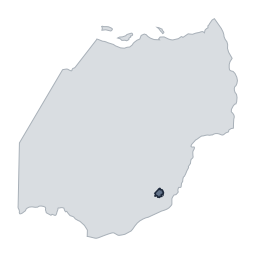 location of Sumbawanga Urban, Rukwa, United Republic of Tanzania, rotated 271°
{"feature_id": "72390352B60773938386935", "entity_name": "Sumbawanga Urban", "entity_type": "district", "adm_level": 2, "iso_a3": "TZA", "parent_name": "United Republic of Tanzania", "parent_adm1": "Rukwa", "projection": "orthographic", "projection_center": [31.593, -7.975], "detail": "fine", "context": "in_parent", "style": "filled", "palette": "slate", "viewbox_px": 256, "rotation_deg": 271, "n_neighbors": 0, "source": "geoboundaries", "source_scale": "gbopen_adm2", "svg_char_len": 5276}
<svg xmlns="http://www.w3.org/2000/svg" viewBox="0 0 256 256"><g transform="rotate(271 128 128)"><path d="M89.5,189.3L86.2,187.6L83.3,186.5L80.8,185.3L79.8,184.2L77.5,183.7L75.5,183.6L73.7,182.5L70.0,182.1L69.5,181.4L69.5,179.8L68.8,179.4L67.5,179.0L66.0,179.0L65.1,179.3L64.6,179.2L63.4,178.2L62.2,177.1L61.8,175.2L60.1,174.0L58.1,173.1L52.6,173.2L51.8,172.9L50.5,171.9L48.9,170.4L47.7,168.6L46.6,166.2L45.5,162.9L39.2,149.9L38.5,147.4L37.3,144.7L35.3,141.4L33.1,138.9L30.2,136.6L26.9,134.4L25.1,132.9L21.7,126.8L21.0,123.9L20.5,120.9L20.7,119.7L22.8,115.9L23.0,114.8L22.7,113.4L21.7,110.3L20.3,106.6L17.6,99.9L17.2,98.2L17.3,96.9L18.8,90.1L18.8,89.1L25.2,89.2L29.8,86.2L33.8,81.7L34.6,79.8L36.2,76.9L37.9,75.5L38.5,74.5L39.4,71.6L41.5,69.7L43.6,68.2L43.1,67.1L43.4,66.8L44.6,66.0L46.8,65.3L47.2,63.8L47.2,62.1L46.8,61.2L46.9,60.1L46.6,59.4L45.1,59.3L43.0,58.5L41.2,58.1L40.0,57.6L39.5,57.2L39.4,56.2L40.4,53.6L39.4,52.5L41.6,48.2L42.0,47.7L42.8,47.6L44.0,47.1L45.2,46.9L46.2,47.1L46.9,46.9L47.5,46.4L48.1,45.0L48.5,42.5L48.3,40.5L47.3,39.0L47.1,36.6L47.5,33.4L47.2,30.8L46.2,28.7L45.1,27.5L43.5,26.9L41.0,23.7L40.3,22.2L40.4,21.2L41.3,20.8L42.9,20.9L44.4,20.5L45.8,19.7L47.1,19.4L47.8,19.5L111.2,19.7L185.0,61.5L185.3,62.0L185.9,65.6L185.7,66.8L184.6,68.8L184.2,69.9L184.2,70.6L184.5,70.9L185.5,71.1L186.3,71.6L186.6,71.9L187.2,73.5L188.0,74.3L215.7,95.0L216.4,95.3L215.9,97.0L214.3,101.1L214.2,102.8L213.6,104.8L213.0,106.1L211.3,111.9L209.9,114.1L208.0,119.1L207.7,123.0L208.7,125.7L209.0,128.3L211.1,130.8L212.8,131.8L213.9,132.9L216.0,135.6L217.1,138.2L220.8,139.6L222.2,142.6L221.6,144.6L219.9,146.2L218.2,148.9L216.9,152.5L216.7,157.9L217.6,157.1L219.5,158.5L219.7,162.5L217.6,167.1L217.0,169.3L216.8,171.2L218.2,176.8L220.3,179.7L220.1,180.6L219.5,181.3L223.2,186.5L222.8,190.8L224.1,194.3L224.7,197.3L225.5,199.5L225.7,201.1L224.5,202.8L227.2,203.3L228.8,204.8L229.5,206.2L231.5,206.1L232.5,207.1L234.0,207.9L237.4,210.2L238.2,211.4L238.8,212.5L229.2,219.5L225.8,221.3L223.4,222.1L220.8,222.5L218.3,223.6L215.9,225.4L213.0,226.2L209.3,226.1L205.5,227.3L199.5,230.9L196.0,228.8L193.3,228.1L190.2,228.1L188.3,228.4L187.6,228.8L186.9,230.0L186.4,232.1L184.3,234.1L180.6,235.9L177.3,236.6L174.3,236.1L172.2,235.2L171.2,234.1L169.6,233.6L167.5,233.7L165.5,234.4L163.5,235.9L160.4,236.5L156.2,236.2L154.0,235.5L153.7,234.3L151.9,232.8L148.5,231.1L146.0,231.0L144.4,232.6L142.9,233.6L141.6,234.0L140.4,234.0L138.7,233.6L134.1,233.4L129.7,233.4L129.2,231.1L128.3,229.7L127.6,228.8L126.0,228.6L125.6,227.9L125.1,226.5L124.4,225.3L123.4,224.2L122.8,223.3L122.6,222.4L122.8,221.5L123.7,219.1L124.0,217.5L124.0,215.8L123.5,214.1L122.4,212.1L122.6,211.5L122.2,210.1L122.2,209.1L122.4,207.9L122.2,206.3L121.3,202.9L121.4,202.0L120.4,200.4L117.5,196.5L117.4,196.0L112.8,192.0L110.9,191.2L110.2,191.9L110.0,192.6L110.2,193.8L110.1,194.5L109.9,194.7L108.8,194.7L108.1,194.5L106.3,193.5L105.0,193.2L101.6,193.4L100.4,193.6L99.4,193.4L97.6,191.6L95.5,191.2L93.7,191.1L90.5,189.0L89.5,189.3ZM221.5,125.4L222.9,129.7L222.7,130.5L221.6,131.0L221.1,131.0L220.4,130.3L219.9,128.8L219.1,129.2L217.8,127.4L216.4,127.3L215.2,125.2L215.7,123.4L215.5,120.3L217.0,118.8L217.8,116.1L218.8,118.0L219.0,120.8L220.2,124.1L221.5,125.4ZM229.1,99.9L229.3,100.9L228.9,101.8L229.0,104.9L228.8,106.9L227.6,109.7L226.7,110.7L225.9,110.4L225.2,109.9L224.7,109.1L225.8,104.0L225.3,100.2L227.5,100.6L229.1,99.9ZM225.1,161.9L224.0,162.2L223.6,161.9L223.0,161.0L224.1,160.3L225.3,159.0L227.9,157.0L229.1,155.4L228.9,156.9L227.4,160.4L226.1,160.6L225.1,161.9Z" fill="#d9dde1" stroke="#a8b0b8" stroke-width="1"/><path d="M62.1,164.1L62.3,164.1L62.5,164.2L62.5,164.3L62.8,164.4L63.0,164.4L63.3,164.3L63.5,164.5L63.8,164.4L64.0,164.3L64.1,164.2L64.3,164.2L64.5,164.1L64.8,164.2L64.8,164.3L65.0,164.2L65.3,164.1L65.4,163.9L65.4,163.7L65.5,163.5L65.8,163.5L66.0,163.7L66.3,163.5L66.5,163.4L66.7,163.2L66.8,163.1L66.8,162.8L66.8,162.7L66.8,162.4L67.0,162.2L67.0,161.9L66.9,161.7L66.8,161.4L66.9,161.2L67.0,161.2L67.3,160.9L67.5,160.9L67.8,160.9L67.9,161.0L68.1,161.1L68.2,160.9L68.1,160.7L68.0,160.4L67.9,160.3L67.8,160.2L67.7,160.1L67.6,159.9L67.5,159.7L67.4,159.7L67.2,159.6L67.0,159.4L66.9,159.4L66.7,159.2L66.4,159.0L66.3,158.8L66.2,158.8L66.1,158.7L65.9,158.5L65.7,158.2L65.4,158.0L65.3,157.9L65.2,157.8L65.1,157.7L64.9,157.5L64.8,157.4L64.7,157.3L64.6,157.2L64.4,157.1L64.2,156.9L64.0,156.7L63.9,156.6L63.7,156.4L63.4,156.2L63.2,156.0L62.9,156.3L62.8,156.5L62.7,156.5L62.4,156.7L62.2,156.7L61.9,156.6L61.7,156.6L61.4,156.4L61.2,156.3L60.9,156.3L60.9,156.2L60.7,156.2L60.4,156.2L60.4,156.3L60.4,156.5L60.5,156.5L60.6,156.8L60.7,157.0L60.8,157.2L60.8,157.3L60.9,157.5L61.0,157.8L60.9,158.0L60.7,158.1L60.4,158.3L60.4,158.5L60.4,158.8L60.2,158.9L59.9,158.9L59.7,158.9L59.4,158.9L59.3,159.0L59.3,159.3L59.4,159.5L59.4,160.0L59.3,160.3L59.2,160.4L59.2,160.5L59.2,160.8L59.3,160.9L59.5,160.9L59.6,161.0L59.8,161.0L60.0,161.1L60.3,161.2L60.3,161.3L60.3,161.6L60.2,161.7L60.2,161.8L60.2,162.1L60.1,162.3L60.2,162.5L60.3,162.7L60.3,162.8L60.3,163.0L60.5,163.0L60.6,162.9L60.8,162.9L61.0,162.8L61.3,162.8L61.3,162.7L61.5,162.6L62.0,162.5L62.1,162.8L62.2,163.0L62.3,163.2L62.3,163.3L62.2,163.4L62.2,163.5L62.3,163.6L62.2,163.7L62.2,163.8L62.2,164.0L62.1,164.1Z" fill="#64748b" stroke="#1e293b" stroke-width="1.5"/></g></svg>